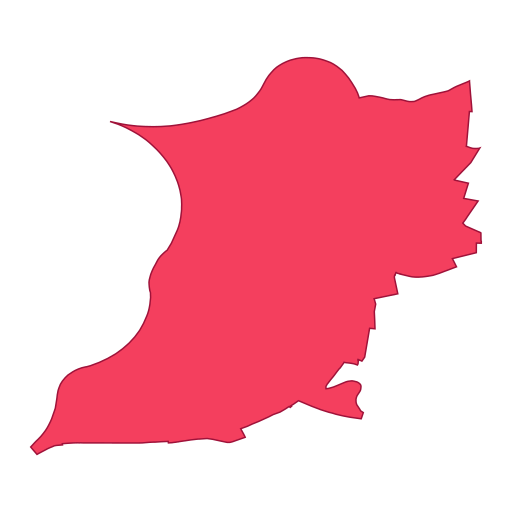 the district of Doesburg, Gelderland, Netherlands
{"feature_id": "6326949B86842981978413", "entity_name": "Doesburg", "entity_type": "district", "adm_level": 2, "iso_a3": "NLD", "parent_name": "Netherlands", "parent_adm1": "Gelderland", "projection": "natural_earth1", "projection_center": [6.146, 52.019], "detail": "fine", "context": "isolated", "style": "filled", "palette": "rose", "viewbox_px": 512, "rotation_deg": 0, "n_neighbors": 0, "source": "geoboundaries", "source_scale": "gbopen_adm2", "svg_char_len": 5946}
<svg xmlns="http://www.w3.org/2000/svg" viewBox="0 0 512 512"><path d="M30.7,447.0L32.1,448.7L37.0,454.4L38.4,453.6L39.1,453.2L40.1,452.7L41.4,452.0L43.1,451.1L45.4,449.9L47.8,448.6L49.6,447.8L49.8,447.7L52.8,446.5L53.4,446.2L54.3,445.8L54.8,445.7L56.5,445.4L62.5,444.9L62.3,443.7L67.3,443.3L68.7,443.2L72.1,443.0L74.1,442.9L78.0,442.8L79.2,442.9L80.3,442.8L83.0,442.9L92.8,442.9L100.2,442.9L123.2,443.0L124.0,443.0L125.3,443.0L132.1,443.0L138.5,443.0L142.3,442.9L149.4,442.3L153.3,442.1L155.2,442.1L161.2,441.7L168.2,441.4L168.4,442.9L171.6,442.7L172.1,442.7L172.4,442.6L174.7,442.3L175.7,442.2L177.5,441.9L178.5,441.8L179.3,441.6L184.0,440.9L185.6,440.7L186.1,440.6L186.8,440.5L190.8,439.9L197.6,439.1L200.3,439.0L201.5,438.9L207.1,438.5L212.7,439.3L221.0,441.1L227.2,442.4L229.8,442.4L231.5,442.0L232.9,441.6L235.7,440.6L245.2,437.3L245.1,437.0L243.7,434.2L240.7,428.7L247.6,426.2L252.3,424.0L258.5,421.5L264.2,418.9L268.8,416.8L273.3,414.5L280.0,412.1L281.2,411.4L285.3,409.0L289.1,406.5L290.2,407.4L291.5,406.3L290.9,405.8L293.3,404.3L298.5,400.7L311.6,406.2L314.2,407.2L319.0,409.0L320.2,409.5L323.6,410.6L326.4,411.5L329.0,412.3L332.3,413.1L335.2,414.0L335.8,414.2L340.5,415.3L341.3,415.5L343.1,415.9L348.8,417.0L350.6,417.3L355.6,418.0L361.2,418.8L361.7,417.4L363.3,412.6L360.7,410.9L359.6,409.0L356.7,404.6L356.1,402.5L356.0,401.1L356.0,400.1L356.0,399.2L356.4,397.4L357.1,395.6L358.3,393.8L358.9,392.9L360.0,391.2L360.6,389.8L360.8,388.6L360.9,387.6L361.0,386.8L360.8,385.2L360.1,384.1L358.6,382.8L356.9,381.9L354.1,381.2L352.5,380.9L351.2,380.9L348.0,381.3L346.1,381.8L344.1,382.6L341.0,383.9L337.7,385.3L333.5,387.0L330.1,388.0L328.6,388.4L327.3,388.6L326.0,388.7L325.9,387.1L325.9,386.5L326.5,385.4L327.2,384.1L327.9,383.3L330.5,379.9L333.0,376.9L334.4,375.1L337.3,371.2L338.8,369.3L339.3,368.7L340.1,368.0L342.1,365.2L343.7,363.0L344.0,362.3L346.0,362.7L347.2,362.8L349.9,363.1L352.9,363.6L354.3,363.9L357.4,365.0L358.0,363.9L358.1,363.2L358.1,362.8L358.2,362.1L358.2,361.6L358.5,360.9L358.1,360.1L357.8,360.0L357.9,359.6L358.0,359.4L361.9,361.1L363.4,359.0L364.7,357.1L369.6,328.3L375.0,328.8L374.9,325.9L374.7,320.1L374.3,311.5L375.7,304.1L374.1,298.7L397.8,293.8L394.5,278.2L394.4,277.9L394.4,277.2L394.4,276.5L394.5,276.0L394.7,275.1L395.1,275.1L395.1,274.9L395.2,274.7L395.6,273.5L396.2,271.9L396.2,272.1L396.2,272.3L396.3,272.4L396.4,272.6L396.5,272.7L396.7,272.9L396.9,273.0L397.0,273.1L398.4,273.5L400.3,273.9L400.2,274.1L400.7,274.2L409.4,276.3L411.9,276.8L414.0,277.0L415.8,277.1L418.8,277.1L422.4,276.9L425.8,276.5L427.9,276.2L431.4,275.6L433.0,275.3L435.6,274.5L437.7,273.8L439.3,273.3L440.6,272.8L444.8,271.2L447.0,270.4L456.5,266.8L452.4,258.6L476.3,252.7L476.4,243.1L481.3,243.2L481.3,241.4L481.3,241.2L481.0,240.8L481.0,239.9L480.9,233.0L480.8,232.8L480.7,232.7L465.5,226.0L462.8,223.1L465.6,219.3L466.2,218.4L467.5,216.4L478.1,201.0L463.7,198.4L466.3,189.9L468.4,183.2L454.6,180.1L454.2,179.8L461.5,172.2L470.8,162.6L479.8,148.0L479.5,148.1L479.4,148.3L476.3,148.5L475.0,148.5L473.3,148.4L472.8,148.4L471.3,148.0L470.2,147.7L469.4,147.4L468.6,147.1L467.1,146.5L466.3,146.4L466.5,145.1L468.1,126.7L469.4,111.5L472.0,111.6L471.5,104.9L471.3,102.8L470.5,93.9L469.5,81.2L469.5,80.9L468.1,81.6L466.0,82.5L461.8,84.2L456.7,86.3L454.2,87.5L449.2,90.3L448.6,90.6L448.2,90.8L447.2,91.1L445.3,91.6L443.2,92.1L438.6,93.1L434.1,94.1L430.7,94.8L429.1,95.2L425.7,96.3L424.3,96.8L421.6,98.0L420.7,98.5L419.4,99.2L418.4,99.7L415.3,101.1L414.7,101.3L414.0,101.5L413.6,101.5L411.6,101.6L409.7,101.6L408.8,101.5L408.3,101.4L407.1,101.2L403.7,100.3L401.7,99.8L400.6,99.6L400.0,99.6L397.9,99.7L396.6,99.7L394.3,99.8L392.0,99.7L390.6,99.6L389.9,99.6L388.4,99.3L387.3,99.1L384.2,98.3L383.7,98.1L381.5,97.6L379.2,97.1L378.0,96.9L375.4,96.4L373.5,96.1L372.1,95.9L368.8,95.8L359.2,97.9L358.8,96.5L357.5,92.9L355.3,88.4L351.8,82.7L348.7,78.1L345.3,74.0L342.0,70.4L339.4,68.3L336.8,66.3L333.4,64.1L330.6,62.6L327.8,61.5L325.6,60.7L322.9,59.8L320.0,59.0L318.1,58.6L315.0,58.1L313.3,57.9L310.0,57.7L305.8,57.6L302.4,57.7L299.3,58.1L296.3,58.6L292.4,59.6L290.5,60.1L287.3,61.3L285.5,62.1L282.6,63.5L279.4,65.4L276.6,67.3L273.9,69.7L271.0,72.9L268.9,75.4L267.6,77.3L266.4,79.1L265.6,80.4L265.5,80.7L263.8,83.8L262.6,86.1L261.3,88.5L259.9,90.7L257.1,94.3L255.6,96.1L253.7,98.1L252.1,99.5L249.9,101.3L248.7,102.2L246.4,103.8L243.8,105.4L241.5,106.7L239.9,107.6L236.5,109.3L231.7,111.1L224.6,113.7L216.2,116.3L205.8,119.2L200.4,120.6L191.2,122.6L188.2,123.2L181.3,124.4L176.6,125.1L170.4,125.9L165.8,126.2L161.4,126.5L157.8,126.6L153.3,126.7L148.4,126.6L144.4,126.5L140.8,126.3L137.3,126.1L132.6,125.6L127.7,125.0L122.3,124.1L116.3,122.9L110.0,121.5L118.0,124.2L121.9,125.8L126.1,127.7L132.0,130.8L135.0,132.5L138.6,134.6L142.1,137.0L146.3,140.0L149.3,142.5L152.6,145.5L156.9,149.6L159.7,152.6L163.3,156.8L166.8,161.3L169.5,165.4L171.4,168.5L173.2,171.9L175.2,176.1L177.5,181.8L178.7,185.5L180.0,190.3L180.3,191.9L181.2,196.9L181.5,199.2L181.6,202.0L181.7,204.3L181.6,207.4L181.6,209.5L181.4,211.9L181.2,213.4L180.8,217.1L180.4,219.2L180.0,221.6L179.7,222.7L178.8,226.1L178.2,227.9L177.4,230.0L174.4,236.6L171.4,243.2L167.1,250.3L165.8,251.2L164.2,252.6L162.5,254.2L160.8,255.9L159.4,257.6L158.0,259.6L156.9,261.6L155.4,264.5L153.5,267.9L152.2,270.7L150.8,274.2L150.1,276.7L149.3,279.8L149.0,282.2L149.1,284.5L149.3,287.1L149.8,290.5L150.4,292.4L150.5,293.2L150.5,294.5L150.6,297.5L150.3,300.5L149.9,304.4L149.2,308.2L148.6,310.7L147.7,313.7L146.8,316.0L143.6,323.3L139.7,330.3L134.8,336.9L129.1,343.1L122.6,348.8L115.6,353.9L107.6,358.5L99.3,362.4L90.5,365.7L86.5,366.8L85.6,366.9L81.8,367.8L78.4,369.0L75.3,370.4L72.8,371.8L68.0,375.0L65.2,377.7L62.4,381.1L60.4,384.3L58.8,388.3L58.1,390.5L57.3,394.8L56.9,398.3L56.1,403.4L55.3,408.3L54.4,411.0L53.2,414.4L51.6,419.0L50.3,421.9L48.6,425.3L47.1,428.0L45.5,430.5L43.4,433.3L40.8,436.5L38.0,439.4L35.8,441.5L34.1,443.3L32.2,445.4L30.7,447.0Z" fill="#f43f5e" stroke="#9f1239" stroke-width="1.5"/></svg>